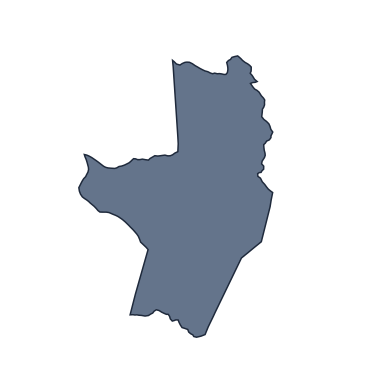 outline of Ibicoara, Bahia, Brazil, rotated 312°
{"feature_id": "56859067B74041818755957", "entity_name": "Ibicoara", "entity_type": "district", "adm_level": 2, "iso_a3": "BRA", "parent_name": "Brazil", "parent_adm1": "Bahia", "projection": "natural_earth1", "projection_center": [-41.312, -13.375], "detail": "fine", "context": "isolated", "style": "filled", "palette": "slate", "viewbox_px": 384, "rotation_deg": 312, "n_neighbors": 0, "source": "geoboundaries", "source_scale": "gbopen_adm2", "svg_char_len": 2950}
<svg xmlns="http://www.w3.org/2000/svg" viewBox="0 0 384 384"><g transform="rotate(312 192 192)"><path d="M233.3,259.9L239.0,256.2L245.6,252.3L245.3,249.5L245.2,246.8L245.6,244.2L246.3,240.9L246.6,237.4L248.1,233.6L247.7,230.5L249.6,228.5L251.4,229.0L252.8,230.2L254.7,229.8L256.9,230.0L259.2,228.0L259.5,224.9L261.8,223.5L264.3,223.1L266.1,222.8L268.2,221.9L269.7,220.3L271.4,217.7L273.4,215.4L275.2,213.6L277.4,213.8L279.7,213.4L282.5,214.6L285.2,214.3L286.6,213.1L288.7,212.5L290.6,211.9L291.3,208.7L293.0,206.0L294.1,203.5L294.3,200.1L294.0,196.9L294.6,193.4L296.5,192.1L298.6,190.6L300.7,188.9L302.9,188.6L305.3,187.6L307.3,185.7L309.0,184.5L309.6,182.4L309.9,179.2L311.1,174.9L311.0,172.2L310.4,169.6L310.9,166.6L311.8,162.8L314.0,163.9L315.8,165.6L317.7,166.5L317.6,163.0L318.4,160.4L318.9,158.5L319.2,155.8L321.3,155.1L322.8,153.9L324.5,152.4L324.7,150.2L324.5,147.7L323.8,144.6L323.6,141.5L323.8,139.2L323.8,137.0L323.7,134.9L321.4,133.2L318.8,131.6L316.2,131.9L314.1,131.1L311.5,131.1L309.7,133.8L308.2,135.6L306.8,136.9L304.4,138.4L302.1,138.5L300.8,137.2L299.7,135.2L298.4,133.2L296.8,131.7L295.5,129.3L293.7,128.2L292.8,126.3L292.0,123.3L290.6,120.5L289.8,117.7L289.1,115.0L288.6,112.4L288.0,109.8L287.6,106.5L286.7,103.3L285.0,101.2L283.6,100.0L281.0,98.8L278.3,98.1L276.7,94.8L276.9,91.7L276.8,89.5L272.4,94.3L223.3,144.8L218.6,149.5L212.5,154.5L209.4,153.2L206.7,152.7L204.4,151.6L202.7,149.9L201.3,147.2L199.2,145.4L197.5,144.0L195.8,142.5L194.1,140.1L191.9,139.4L188.9,138.4L186.6,138.3L185.0,136.0L183.2,133.1L181.2,131.6L179.7,130.0L178.9,127.9L177.7,126.3L175.9,126.1L173.9,126.0L171.6,125.7L169.3,124.8L166.8,123.8L164.1,122.3L162.1,120.7L159.5,119.9L157.8,118.8L155.5,115.9L153.7,113.5L152.6,111.4L152.0,109.2L151.7,105.5L151.5,102.5L151.2,99.6L150.8,96.6L150.5,94.4L149.8,91.4L149.0,89.1L147.8,86.9L146.6,88.9L145.3,91.7L143.7,94.4L142.4,96.4L141.1,98.4L139.5,100.1L137.1,101.4L134.6,102.0L132.2,102.7L129.5,102.6L127.6,102.9L125.4,103.4L122.8,104.1L119.5,105.0L117.3,107.7L115.8,110.6L115.0,113.8L115.2,116.4L115.6,118.8L115.8,121.4L115.7,123.8L115.8,126.1L115.9,128.9L115.7,131.6L115.3,134.6L115.5,137.0L117.3,139.1L119.7,141.8L121.2,144.1L122.4,147.7L123.6,151.0L124.3,153.5L124.7,156.3L125.0,158.7L125.1,162.4L125.0,165.0L124.9,167.4L124.7,169.7L124.5,173.6L124.2,176.1L123.8,179.2L123.2,181.7L121.9,184.5L120.4,187.3L120.3,191.5L120.2,195.1L119.8,197.9L78.4,218.2L59.3,228.2L61.3,230.2L62.4,231.9L63.8,233.2L64.9,235.0L66.4,236.9L68.4,240.1L71.1,242.3L73.7,243.0L75.7,243.8L78.1,243.6L80.6,244.3L81.9,246.9L82.4,249.9L83.2,252.6L83.9,254.7L85.2,256.2L84.6,258.5L83.2,260.8L82.9,263.7L84.4,264.7L86.2,265.6L87.6,267.4L86.5,269.5L85.4,272.3L84.6,275.3L85.8,277.9L87.0,280.8L85.7,283.3L85.8,286.0L86.4,288.1L85.8,290.0L87.1,292.5L90.8,295.1L94.8,297.1L102.6,294.3L114.0,291.0L117.5,289.9L176.0,272.9L181.2,273.7L186.4,274.5L191.9,275.3L201.4,276.8L233.3,259.9Z" fill="#64748b" stroke="#1e293b" stroke-width="1.5"/></g></svg>